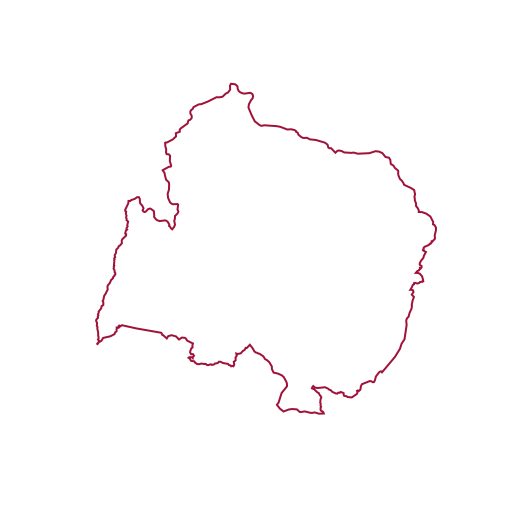 Siriu, Buzau, Romania, rotated 341°
{"feature_id": "2599482B22282799784741", "entity_name": "Siriu", "entity_type": "district", "adm_level": 2, "iso_a3": "ROU", "parent_name": "Romania", "parent_adm1": "Buzau", "projection": "equal_earth", "projection_center": [26.23, 45.534], "detail": "fine", "context": "isolated", "style": "outline", "palette": "rose", "viewbox_px": 512, "rotation_deg": 341, "n_neighbors": 0, "source": "geoboundaries", "source_scale": "gbopen_adm2", "svg_char_len": 6097}
<svg xmlns="http://www.w3.org/2000/svg" viewBox="0 0 512 512"><g transform="rotate(341 256 256)"><path d="M406.2,333.2L406.4,329.3L405.2,326.2L403.8,324.9L401.6,324.0L403.6,322.8L405.5,322.6L405.9,322.0L407.1,321.7L407.2,320.7L408.0,321.2L408.9,320.6L409.3,319.3L408.1,317.9L408.1,316.9L408.7,316.0L410.2,314.4L413.6,312.3L414.8,310.5L418.0,307.5L415.8,305.1L416.4,304.6L416.3,304.2L416.8,304.1L417.3,302.7L418.4,302.2L422.7,301.9L424.8,300.9L425.1,301.2L426.6,300.3L426.4,300.2L426.9,299.2L428.0,299.4L430.6,298.1L431.1,297.2L431.6,294.8L434.6,290.1L435.4,287.8L434.8,284.7L433.7,283.7L434.6,281.5L433.7,275.4L430.8,271.4L427.2,268.5L424.2,267.4L424.8,265.7L424.4,263.0L423.6,260.9L424.4,258.5L424.3,254.9L424.8,253.7L425.1,251.5L426.5,249.5L427.0,245.1L424.4,241.9L419.2,236.9L419.1,234.8L418.3,232.1L417.2,230.1L416.9,226.2L417.3,224.1L418.1,222.3L418.1,221.4L416.1,218.2L415.3,215.1L413.4,212.9L414.3,208.7L413.7,206.3L410.7,204.6L408.9,199.7L406.1,197.2L403.0,195.8L396.7,195.7L385.5,192.4L382.0,190.0L379.9,189.6L373.1,186.8L371.2,184.7L368.7,183.2L367.2,183.1L364.7,184.2L362.1,178.5L360.5,178.0L359.7,177.1L359.9,174.0L358.1,171.3L350.4,165.8L345.0,163.3L342.6,160.8L339.6,160.0L338.4,159.2L337.4,158.1L335.6,155.1L335.5,152.8L334.4,151.8L334.4,150.6L333.2,149.3L330.5,147.6L326.8,146.6L320.9,141.7L317.7,139.9L306.4,135.1L303.5,134.7L302.1,133.5L298.7,128.3L297.7,121.2L297.2,113.2L298.7,110.2L302.1,107.0L304.0,105.9L305.3,104.0L305.3,101.6L303.6,99.8L297.9,98.7L295.8,97.5L294.1,95.7L293.4,94.4L293.1,92.2L293.7,89.4L292.3,86.9L288.4,85.0L286.9,86.5L285.7,90.3L282.8,92.3L280.3,92.6L276.2,94.5L272.8,94.0L270.4,93.0L260.7,94.3L253.7,94.6L251.2,94.0L245.4,94.9L243.9,96.4L241.9,97.0L240.8,98.3L240.3,100.2L240.8,101.8L240.7,103.2L239.9,104.8L238.0,105.8L236.2,105.8L234.5,108.4L226.2,110.9L225.0,111.7L224.4,113.7L220.2,113.8L219.3,116.9L215.2,118.7L208.6,119.7L207.4,119.2L206.9,119.4L205.9,123.3L205.9,125.6L204.6,129.0L204.7,130.6L206.8,131.6L207.4,133.3L205.4,138.3L205.2,143.0L204.6,143.7L202.6,143.3L195.7,144.5L196.6,148.0L196.3,148.9L195.8,154.5L197.6,158.0L197.2,160.0L195.3,164.9L192.7,168.5L191.8,172.4L192.2,177.4L193.1,178.9L194.2,180.0L198.7,181.3L199.1,182.1L196.9,186.5L197.1,188.2L196.8,189.2L195.4,190.4L192.4,191.8L191.5,194.2L190.1,196.3L189.6,200.0L188.1,201.8L185.5,203.5L184.6,202.1L184.2,200.0L183.6,199.3L184.3,197.9L183.6,194.8L182.6,193.4L181.6,192.7L176.2,191.6L174.0,189.8L173.3,188.6L172.4,185.9L173.2,183.9L174.0,180.2L171.9,177.1L171.2,176.6L169.1,176.6L166.4,178.1L165.2,178.2L164.0,177.3L163.6,176.0L165.2,174.2L164.8,171.2L163.7,168.7L163.7,167.9L164.7,164.1L164.5,162.3L162.7,161.7L160.0,162.5L156.1,162.5L155.0,163.1L153.4,162.4L152.4,164.6L147.2,169.9L147.1,171.1L147.7,171.8L146.7,173.5L146.7,175.7L145.7,177.3L145.8,178.6L145.3,179.9L146.3,181.8L144.2,185.1L144.3,186.2L142.7,187.5L142.4,188.2L142.7,189.1L141.4,189.4L139.7,192.0L139.8,192.8L140.3,193.1L139.8,194.4L134.9,196.7L133.9,198.0L133.4,200.2L131.2,201.6L129.3,202.1L128.4,203.3L126.1,204.4L124.3,207.9L122.8,209.0L122.4,210.3L122.5,211.2L121.2,212.0L121.2,213.2L120.6,213.6L120.2,215.2L118.7,218.3L118.9,218.9L118.1,219.6L118.1,220.2L117.2,221.6L117.6,223.4L117.1,225.4L117.4,226.4L116.9,227.8L116.0,228.0L115.5,228.8L114.0,229.5L113.5,230.5L111.2,231.5L108.9,234.0L106.4,235.5L105.6,236.5L104.8,239.5L101.3,242.9L99.6,244.1L97.1,248.2L96.3,248.7L96.6,250.1L95.6,252.7L93.7,253.1L92.6,255.1L89.1,257.3L88.8,258.5L87.5,259.8L87.6,260.9L86.5,262.1L86.5,263.0L84.3,264.2L83.7,265.2L83.9,267.6L82.7,270.3L83.0,271.5L82.3,273.0L81.9,276.9L80.8,280.0L80.8,281.1L80.2,282.8L79.4,283.6L80.2,285.4L76.6,287.8L77.7,287.6L79.2,286.4L82.3,285.8L84.8,283.7L92.2,284.5L96.8,283.8L97.9,282.4L99.7,281.7L101.0,278.3L102.1,279.0L103.2,277.7L103.7,278.6L104.5,277.6L105.1,278.3L106.7,277.8L119.1,285.4L141.5,297.8L141.8,300.3L142.4,300.6L144.8,304.9L146.9,303.2L150.4,303.4L154.2,306.0L156.0,309.9L159.4,309.0L161.9,310.1L162.7,310.9L163.4,313.7L167.9,318.2L166.7,319.9L166.2,321.9L165.0,322.1L163.1,324.2L162.3,325.7L162.7,327.8L164.4,328.2L164.9,330.1L163.3,331.1L162.9,331.9L162.4,330.8L160.0,330.0L159.1,330.3L160.0,331.5L160.4,333.9L163.4,335.6L163.6,336.9L165.1,338.9L166.9,339.8L169.3,339.9L171.3,341.0L173.4,341.7L173.9,342.8L175.1,343.6L178.1,343.7L178.6,344.5L180.8,344.9L182.4,344.3L184.8,344.8L186.6,343.9L188.1,344.5L190.0,346.5L194.4,348.9L194.9,350.3L196.3,351.2L196.6,352.2L198.2,352.3L198.8,352.9L200.1,351.6L200.5,348.8L202.7,348.1L203.7,345.2L205.3,344.1L205.6,341.8L206.9,342.7L209.9,343.1L212.4,341.6L214.7,341.1L216.3,339.5L217.3,340.0L221.3,337.9L222.8,342.2L223.4,345.7L224.5,347.3L225.6,347.9L226.4,349.0L227.4,349.5L230.3,353.3L231.0,356.4L232.5,358.1L234.0,360.7L235.0,365.6L234.2,368.1L234.7,372.0L238.3,374.2L241.6,377.3L242.8,379.5L243.7,384.4L243.7,386.7L242.9,389.3L235.6,393.9L229.5,402.1L227.3,403.5L228.9,408.1L231.4,412.0L237.1,411.8L240.4,412.5L244.7,414.3L246.5,417.6L247.3,418.1L251.5,418.8L256.4,422.0L257.9,422.6L260.6,423.0L264.2,425.6L268.8,427.0L268.8,425.4L267.1,423.4L267.0,422.3L267.8,420.3L268.5,419.7L268.3,418.4L269.0,417.0L269.0,415.5L270.4,412.5L271.7,411.0L271.7,409.9L271.0,408.3L270.8,406.2L269.6,404.8L267.6,401.0L265.8,399.3L266.5,398.4L267.8,397.6L268.8,399.5L271.0,400.8L278.6,402.6L280.8,404.7L281.7,406.2L282.9,407.1L284.0,409.4L286.9,412.1L288.2,412.6L289.0,412.0L290.8,412.6L291.6,412.1L292.6,412.7L294.2,414.2L293.7,415.8L293.8,416.9L296.0,418.1L296.7,419.2L300.5,420.9L306.4,419.3L307.6,418.0L307.6,416.4L308.6,416.3L309.4,417.1L310.7,416.6L311.4,416.0L312.7,413.4L314.4,411.7L322.9,411.3L324.0,411.8L325.4,413.4L326.6,413.6L328.3,411.8L330.1,409.0L333.5,406.7L335.2,405.8L336.6,405.7L337.0,406.0L337.3,407.0L354.6,396.6L361.8,390.7L365.2,386.2L369.3,383.1L375.9,370.4L377.1,365.7L378.5,364.1L380.6,363.0L382.6,359.9L386.0,356.3L387.3,353.8L387.3,353.0L389.6,349.1L392.0,346.1L390.7,343.3L393.2,341.3L393.3,339.6L392.2,338.6L390.9,338.2L393.2,336.3L394.8,334.4L396.2,334.2L396.6,333.1L397.7,333.2L399.7,334.6L401.7,334.6L402.5,334.0L405.3,334.6L405.7,334.4L405.3,333.9L406.2,333.2Z" fill="none" stroke="#9f1239" stroke-width="2"/></g></svg>